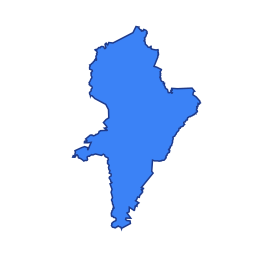 Del Nayar, Nayarit, Mexico (Mercator projection), rotated 21°
{"feature_id": "50627088B12787486609303", "entity_name": "Del Nayar", "entity_type": "district", "adm_level": 2, "iso_a3": "MEX", "parent_name": "Mexico", "parent_adm1": "Nayarit", "projection": "mercator", "projection_center": [-104.607, 22.056], "detail": "fine", "context": "isolated", "style": "filled", "palette": "blue", "viewbox_px": 256, "rotation_deg": 21, "n_neighbors": 0, "source": "geoboundaries", "source_scale": "gbopen_adm2", "svg_char_len": 5812}
<svg xmlns="http://www.w3.org/2000/svg" viewBox="0 0 256 256"><g transform="rotate(21 128 128)"><path d="M79.4,55.1L79.3,57.5L79.0,57.2L78.3,57.3L77.2,56.6L76.6,57.7L76.6,58.2L77.4,58.6L77.3,59.5L78.5,60.7L78.6,61.0L78.2,62.0L77.8,62.2L77.3,61.9L76.4,61.2L75.6,60.9L74.0,61.4L73.3,62.3L73.2,63.1L72.1,63.2L71.7,63.6L71.5,64.7L71.1,65.2L70.4,66.0L69.7,66.3L69.2,66.8L70.0,67.3L70.9,66.9L71.4,67.4L71.6,68.0L72.3,68.6L72.0,69.9L72.7,70.6L72.4,71.5L72.4,72.7L73.1,73.9L72.9,74.9L73.2,75.1L73.8,74.9L74.2,75.8L74.1,76.1L72.5,76.4L72.5,77.8L71.9,78.7L71.8,79.7L71.0,80.8L70.4,82.4L69.7,82.9L70.5,83.7L70.3,84.9L71.1,86.8L73.1,86.8L73.9,87.0L74.4,87.6L73.7,89.6L73.7,89.9L73.8,90.1L74.0,89.9L74.4,90.3L74.3,91.1L74.8,92.3L75.8,93.0L76.3,94.2L75.9,95.5L75.8,98.2L75.4,99.5L76.3,100.6L76.1,101.1L76.3,101.4L77.2,101.6L77.8,102.1L78.3,101.9L78.9,102.0L79.7,102.5L80.2,103.3L80.2,103.9L79.7,105.0L80.3,106.5L79.6,108.0L79.4,108.9L80.0,110.0L81.1,110.9L81.5,111.6L81.5,111.2L82.9,110.8L86.5,112.4L98.8,113.9L103.2,117.8L106.4,125.4L104.5,128.0L103.1,131.7L107.1,133.9L108.1,134.8L106.8,136.2L106.0,136.6L107.9,137.4L107.8,137.2L108.1,136.9L109.0,137.3L109.3,137.7L103.2,140.4L103.0,141.0L102.3,141.5L102.4,143.3L102.1,144.0L101.0,145.3L100.4,145.4L100.0,146.5L98.7,147.6L98.3,147.7L97.5,147.4L97.1,147.8L96.4,147.6L95.3,148.2L92.4,153.4L93.4,153.8L94.2,154.4L94.4,155.4L94.2,155.8L93.3,155.2L92.9,155.3L92.2,156.1L92.6,157.4L96.0,156.1L98.7,154.6L98.4,162.5L98.1,162.6L97.4,160.8L94.2,160.9L91.7,163.0L86.6,168.2L87.6,169.4L87.8,171.3L88.5,173.3L86.8,173.4L86.8,175.0L88.9,174.3L89.2,173.7L89.4,171.8L89.9,171.3L91.1,171.8L92.5,173.6L94.5,173.5L97.1,174.1L98.6,174.7L99.6,173.6L100.8,173.3L101.4,172.8L101.6,172.0L100.3,170.0L100.3,169.5L101.1,168.5L102.2,168.2L102.5,167.2L103.1,166.8L103.7,165.8L104.9,165.8L105.6,165.0L107.0,163.9L113.1,163.1L114.3,161.3L115.9,161.6L116.6,162.6L117.2,162.9L119.9,163.0L121.1,164.7L120.6,165.9L121.4,167.4L121.3,168.0L121.7,168.5L123.8,169.6L123.9,171.8L125.2,173.8L125.9,173.8L126.4,174.2L126.6,176.8L126.8,177.0L128.3,176.8L129.0,177.5L129.4,178.8L128.3,180.3L128.3,181.3L128.6,181.7L130.3,182.8L131.2,184.2L132.5,184.6L132.4,185.2L131.2,186.5L135.1,191.0L135.2,194.0L138.4,198.3L138.6,199.5L138.3,200.4L138.4,201.1L139.0,201.9L139.7,202.3L140.9,204.6L141.8,205.1L142.1,206.0L143.5,207.5L143.6,207.9L142.7,208.3L143.2,209.8L142.7,211.0L143.0,212.4L142.9,213.4L144.1,216.0L144.6,216.3L145.2,215.9L145.7,215.9L146.5,216.7L147.5,216.4L148.8,216.5L149.5,217.1L149.9,218.8L148.3,220.4L147.3,222.1L147.1,223.1L147.5,223.9L147.5,225.0L149.0,226.1L149.8,226.1L150.3,225.8L151.7,225.9L152.3,225.4L152.7,224.5L153.6,223.8L153.9,223.0L155.4,223.3L156.7,223.1L158.0,224.4L157.9,224.0L164.5,216.3L163.2,214.0L160.1,214.8L158.5,214.2L158.4,212.8L162.9,211.2L157.5,207.7L159.1,205.8L157.6,201.5L163.2,202.8L163.5,202.4L163.1,200.5L163.1,198.9L162.7,198.5L163.3,197.8L164.3,197.8L163.9,197.2L164.2,196.5L163.7,196.1L165.0,194.0L161.1,193.2L161.7,191.8L161.7,189.0L163.4,188.7L163.1,187.0L163.3,186.0L163.7,185.5L163.7,184.9L164.3,183.8L164.3,182.8L164.5,182.5L164.2,182.4L164.0,181.5L163.3,181.3L162.6,180.7L162.9,180.4L163.6,180.2L163.5,179.8L164.2,179.1L164.1,178.8L161.8,178.8L167.6,161.1L165.7,160.0L162.4,149.2L164.5,149.2L167.6,148.0L168.2,148.0L169.8,147.4L169.9,147.1L171.1,146.6L171.2,146.1L173.1,145.2L173.4,144.8L173.9,143.3L173.8,142.7L174.7,141.7L174.2,141.9L173.8,141.6L173.6,140.7L173.8,140.4L173.7,140.1L174.2,139.6L173.9,138.6L174.3,137.2L174.9,136.4L175.0,135.7L175.3,135.7L175.1,134.2L174.1,133.9L174.2,133.5L173.9,133.4L174.1,133.2L173.9,133.0L173.9,132.7L174.3,132.5L174.2,131.7L174.5,131.4L174.4,130.7L174.1,130.0L175.0,128.7L174.7,127.5L174.7,125.2L174.0,123.7L174.2,123.0L173.9,121.5L173.2,120.5L173.8,119.6L174.5,118.9L174.7,117.3L175.1,116.3L175.0,114.9L176.1,112.5L176.2,111.6L175.8,110.1L176.9,109.4L176.7,108.4L177.0,108.3L177.4,107.7L178.8,106.6L178.9,105.4L179.6,104.5L178.3,103.5L178.1,102.9L178.3,102.3L179.2,101.8L179.5,99.8L180.5,99.2L180.3,98.2L180.1,98.1L180.0,97.0L180.8,96.1L181.0,95.6L181.5,95.1L182.1,95.1L182.8,94.0L183.4,93.7L184.0,92.6L184.4,92.4L184.4,91.9L185.1,91.7L185.2,91.2L185.6,90.4L186.1,90.3L185.9,90.1L186.1,90.0L186.0,89.0L186.7,88.4L186.8,87.5L186.1,86.8L185.5,86.7L185.2,85.6L185.5,84.7L184.8,84.1L184.5,83.4L184.9,83.2L185.3,83.3L185.5,82.9L184.7,80.0L185.1,80.1L185.5,80.7L186.1,79.9L186.1,79.3L186.6,78.6L186.0,78.3L185.5,77.2L180.6,74.6L176.8,73.7L176.5,73.2L176.2,71.2L176.5,70.1L177.0,69.8L173.5,67.8L160.1,73.6L154.6,75.3L154.7,76.1L155.2,76.0L155.7,76.6L155.6,77.1L154.7,77.6L154.6,77.9L155.0,77.9L155.8,79.2L156.8,79.2L156.8,79.4L156.2,79.8L155.8,79.4L154.8,79.5L153.9,80.3L152.9,80.5L151.0,77.9L149.7,77.8L149.2,77.4L148.4,77.2L147.8,76.1L146.6,75.3L146.1,73.3L145.1,73.8L144.9,72.5L144.6,72.3L142.5,72.3L141.3,71.3L141.1,70.4L140.6,70.4L140.6,69.7L140.4,69.3L139.7,69.4L139.5,69.0L139.7,68.1L139.4,67.6L139.6,67.2L139.3,67.0L139.1,66.4L138.8,66.2L139.1,65.8L139.0,65.4L138.4,65.0L138.2,64.3L137.8,63.9L138.3,62.3L138.2,61.4L132.8,60.9L130.2,61.2L130.4,50.9L130.1,50.5L129.9,49.4L130.1,49.2L129.9,49.0L130.1,48.3L129.6,47.9L129.6,47.3L129.0,47.0L128.9,46.8L129.1,46.5L128.5,45.7L128.3,44.6L127.9,44.1L126.2,45.1L122.0,45.9L121.6,45.5L121.0,45.6L120.5,44.5L120.6,44.2L120.3,43.5L119.8,43.8L119.5,44.7L119.0,45.2L117.7,45.3L116.4,44.4L114.2,43.5L113.0,41.4L111.8,41.0L111.7,40.8L112.3,39.7L111.8,39.4L111.7,38.8L111.4,38.5L111.5,38.1L111.1,37.8L111.7,36.7L111.8,35.5L111.6,34.2L111.7,33.3L112.0,33.0L111.6,32.3L111.3,32.3L111.5,31.7L111.2,31.2L109.8,30.4L107.4,30.3L107.3,30.8L107.6,31.3L107.5,31.7L106.9,31.8L106.4,32.1L106.3,32.6L105.8,32.7L105.5,32.4L105.7,32.2L105.5,31.8L103.6,31.7L102.4,30.7L102.0,30.8L101.8,30.2L101.9,29.9L99.1,30.4L98.5,37.2L83.5,54.0L79.4,55.1Z" fill="#3b82f6" stroke="#1e3a8a" stroke-width="1.5"/></g></svg>